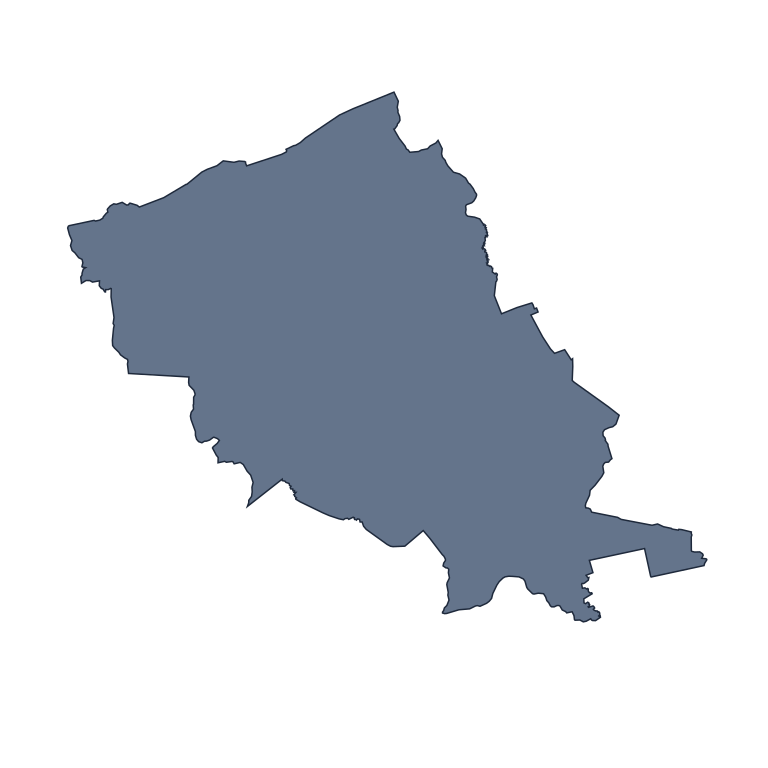 outline of Telesti, Gorj, Romania, rotated 346°
{"feature_id": "2599482B86985968934630", "entity_name": "Telesti", "entity_type": "district", "adm_level": 2, "iso_a3": "ROU", "parent_name": "Romania", "parent_adm1": "Gorj", "projection": "natural_earth1", "projection_center": [23.098, 44.988], "detail": "fine", "context": "isolated", "style": "filled", "palette": "slate", "viewbox_px": 768, "rotation_deg": 346, "n_neighbors": 0, "source": "geoboundaries", "source_scale": "gbopen_adm2", "svg_char_len": 6171}
<svg xmlns="http://www.w3.org/2000/svg" viewBox="0 0 768 768"><g transform="rotate(346 384 384)"><path d="M650.6,637.6L651.7,635.6L654.7,632.7L654.6,631.9L654.0,631.4L650.1,630.0L652.3,627.3L652.0,625.8L649.8,623.3L644.7,622.2L642.1,620.8L641.9,620.1L645.1,606.8L646.2,605.0L646.0,603.2L646.4,601.9L637.6,597.3L634.9,596.3L634.3,597.0L628.6,594.5L627.9,593.6L620.7,590.1L615.6,586.0L609.9,585.9L581.3,572.7L578.4,569.9L554.5,558.6L553.9,555.3L552.3,553.9L549.8,552.9L549.9,550.8L551.0,548.5L556.5,541.7L558.3,537.0L564.3,533.3L573.1,526.3L575.8,523.3L576.4,516.7L577.9,514.7L579.7,513.6L583.0,514.1L585.5,512.2L587.1,511.6L586.4,498.5L586.7,496.6L585.0,492.4L585.4,492.0L585.4,489.9L584.1,487.2L584.7,483.8L586.9,481.7L591.7,480.8L595.6,480.8L599.4,479.0L604.6,471.2L596.2,460.4L569.0,428.4L567.5,426.1L571.4,412.7L573.1,405.1L571.5,405.8L567.6,394.4L556.9,395.5L554.0,390.2L549.3,376.6L543.2,352.6L550.9,351.4L550.4,347.2L548.1,347.4L547.8,343.3L547.1,341.1L531.5,342.0L515.0,344.3L512.4,325.0L517.2,312.1L518.3,311.2L519.1,309.8L519.1,307.3L520.4,305.5L520.4,304.6L519.5,303.5L518.5,304.2L516.2,301.5L517.5,298.0L516.5,297.2L516.7,296.1L515.6,295.2L514.9,295.4L514.3,294.1L513.6,294.2L512.7,293.3L513.3,292.3L512.9,291.5L514.1,291.5L514.4,291.1L514.0,290.5L514.9,289.8L514.0,289.4L514.0,288.0L515.4,288.1L513.9,286.2L515.2,285.7L514.2,284.8L515.0,284.6L514.5,283.8L515.6,283.7L515.0,282.5L515.3,281.6L514.9,280.8L513.8,280.3L513.9,279.4L515.0,278.9L514.6,277.7L513.3,276.5L512.5,277.0L512.0,275.7L512.6,275.0L513.3,275.1L513.3,274.0L514.6,274.1L514.2,273.5L514.9,273.1L514.4,272.8L514.5,272.1L515.9,271.7L515.2,271.0L517.0,269.4L517.4,266.3L518.1,266.4L518.4,264.7L518.9,264.6L519.7,265.8L520.0,265.1L520.6,265.1L520.4,262.8L520.9,262.3L520.1,261.5L520.8,260.8L520.5,260.0L520.8,258.9L519.9,258.0L521.0,257.1L519.9,256.1L521.0,254.9L520.5,254.0L519.1,253.9L519.5,252.9L518.9,252.7L516.8,247.0L512.2,244.0L505.8,241.4L504.7,239.8L504.5,237.5L505.8,234.6L506.2,231.3L506.8,230.5L507.5,230.0L513.0,229.4L515.3,228.2L518.0,225.6L519.4,223.5L519.7,222.2L518.7,219.8L517.9,216.0L515.8,210.9L514.6,209.5L513.0,204.0L508.2,198.5L502.6,195.3L498.7,187.7L497.6,183.8L497.5,181.8L495.6,178.2L495.5,174.7L497.4,169.8L495.4,160.7L492.6,162.7L486.4,164.2L483.2,166.3L476.8,166.0L473.9,166.8L465.1,165.4L464.0,162.7L462.6,161.5L462.0,158.2L458.2,149.5L455.2,139.1L456.2,139.0L459.2,136.5L460.2,134.6L461.4,134.1L463.3,132.0L463.9,128.2L463.2,123.6L463.8,122.0L463.8,118.7L466.3,113.1L464.3,103.2L420.7,109.4L406.0,112.2L367.3,126.3L361.2,129.5L356.0,131.0L354.0,130.9L345.7,132.6L346.0,134.2L345.3,135.2L340.2,136.4L303.5,139.1L303.1,136.2L303.4,135.2L302.7,134.4L297.3,132.6L292.1,132.6L282.0,128.6L274.7,131.8L264.5,132.9L258.5,134.3L240.9,142.6L240.3,142.4L215.4,149.9L189.4,153.1L187.7,150.9L181.6,147.2L180.8,147.1L179.3,148.3L177.6,148.1L173.9,144.4L167.8,144.9L165.4,143.8L161.4,145.0L158.2,147.2L157.7,147.8L157.6,150.5L155.8,151.2L152.1,153.9L151.3,155.1L147.9,156.2L143.5,156.1L142.3,155.1L116.8,154.2L115.8,154.6L114.8,156.1L114.9,163.0L115.9,169.3L113.3,173.9L113.7,179.0L115.8,181.9L118.3,187.6L121.2,190.1L121.1,193.6L119.3,197.0L119.5,197.5L122.6,198.9L120.0,199.8L117.8,203.5L117.4,205.1L115.6,206.9L114.8,213.1L119.9,211.5L123.6,212.5L125.8,214.6L132.9,215.1L131.5,219.8L132.8,222.8L134.4,224.0L135.3,227.0L136.0,227.3L136.8,225.1L139.3,225.7L141.9,225.1L142.4,225.5L140.2,233.6L138.1,254.2L135.8,259.8L136.4,261.9L135.1,264.4L131.0,275.9L130.0,281.1L131.2,283.9L134.4,289.1L135.4,292.0L138.7,296.0L141.1,298.1L141.0,300.3L139.9,302.5L138.7,312.0L196.4,330.0L194.8,335.2L194.6,338.2L198.0,344.1L198.3,348.0L197.8,349.1L196.1,350.8L194.3,357.7L193.8,358.1L193.1,362.3L190.1,364.8L188.4,368.3L188.2,371.9L189.5,384.5L188.6,388.2L188.8,392.3L190.2,395.1L193.1,397.0L195.9,396.1L198.1,396.5L201.3,396.2L205.4,394.5L206.1,394.5L209.2,396.7L210.6,398.9L207.8,401.3L203.1,403.6L202.1,404.6L204.1,412.6L205.3,415.2L203.9,420.3L210.7,420.5L212.1,421.8L217.8,422.4L218.6,422.9L219.3,425.2L225.5,425.3L228.0,428.1L230.1,435.5L232.6,440.2L233.2,447.9L230.9,452.2L230.0,456.8L228.3,461.0L224.7,464.1L223.9,466.7L221.8,469.8L262.2,451.7L262.0,453.2L264.4,454.3L265.0,455.7L267.9,457.6L267.8,459.6L269.1,460.7L267.9,461.8L268.2,463.3L270.1,463.8L269.8,465.5L271.3,465.8L270.4,467.2L272.4,467.8L269.7,469.7L270.3,470.3L270.2,471.5L271.5,473.3L270.6,473.8L270.6,474.5L274.1,478.0L293.5,494.2L299.0,498.4L307.8,504.0L311.8,505.9L313.5,505.2L316.2,505.5L317.1,506.8L321.8,505.8L322.9,506.6L322.5,507.4L322.8,508.4L324.0,508.7L324.3,509.4L325.8,508.5L327.5,509.4L327.4,512.1L329.4,512.6L329.8,517.1L331.6,520.8L348.2,540.4L351.1,543.0L353.4,544.0L365.0,546.4L386.6,535.7L391.2,545.0L399.2,563.5L400.5,565.7L401.2,568.7L400.9,570.1L398.6,572.2L397.3,574.8L399.6,577.4L401.1,577.9L402.0,579.4L400.8,582.8L400.6,588.0L397.2,592.1L396.4,593.9L395.9,601.8L394.9,604.3L394.8,609.4L391.4,614.1L388.4,615.9L387.1,618.2L385.6,619.5L385.4,620.4L387.3,621.5L389.3,621.8L402.1,621.2L412.7,622.9L419.2,621.5L421.0,621.6L423.4,622.9L430.5,621.6L433.5,620.3L436.5,618.1L438.9,613.6L444.9,606.4L448.0,603.6L452.4,601.1L454.8,600.4L458.6,600.7L462.3,601.8L468.3,603.8L472.1,606.9L473.1,609.5L473.3,615.7L473.8,617.5L477.4,623.4L478.7,624.1L483.1,624.3L488.1,626.1L489.3,629.8L489.6,633.6L491.0,636.3L491.7,639.3L492.6,640.7L495.2,641.4L498.3,640.8L500.2,641.3L501.0,642.0L502.3,646.4L505.2,648.8L505.9,650.3L511.4,650.5L512.3,654.7L511.8,658.7L512.2,659.4L517.0,660.4L519.8,663.0L522.8,663.1L527.8,661.8L528.2,663.1L529.0,663.9L532.0,664.8L537.6,662.7L537.7,661.3L536.6,661.5L536.2,661.0L537.5,660.2L537.9,658.3L537.3,656.9L536.4,657.1L536.0,655.8L534.3,655.3L533.0,654.1L532.6,653.2L534.2,652.3L533.8,650.8L533.1,649.9L528.4,650.2L528.2,649.5L529.5,649.1L530.2,647.9L530.0,647.2L529.5,647.0L529.8,646.0L528.9,645.0L526.4,645.9L525.1,644.8L525.9,640.8L535.2,637.9L535.0,636.8L533.3,636.6L532.3,635.1L532.1,634.1L532.6,632.4L532.2,631.7L531.1,632.0L529.6,630.4L527.1,630.2L527.3,626.1L527.9,625.4L529.2,625.9L530.6,625.6L534.7,623.8L536.0,621.3L534.9,621.3L533.8,618.5L541.1,617.6L540.6,604.8L597.0,606.7L596.2,634.9L596.5,635.9L650.6,637.6Z" fill="#64748b" stroke="#1e293b" stroke-width="1.5"/></g></svg>